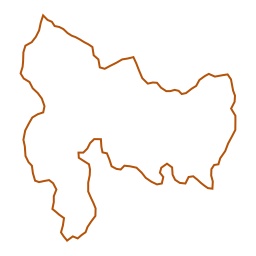 the district of Rosário da Limeira, Minas Gerais, Brazil
{"feature_id": "56859067B49695156300233", "entity_name": "Rosário da Limeira", "entity_type": "district", "adm_level": 2, "iso_a3": "BRA", "parent_name": "Brazil", "parent_adm1": "Minas Gerais", "projection": "equal_earth", "projection_center": [-42.512, -20.982], "detail": "fine", "context": "isolated", "style": "outline", "palette": "amber", "viewbox_px": 256, "rotation_deg": 0, "n_neighbors": 0, "source": "geoboundaries", "source_scale": "gbopen_adm2", "svg_char_len": 1880}
<svg xmlns="http://www.w3.org/2000/svg" viewBox="0 0 256 256"><path d="M20.6,73.4L23.7,78.5L29.5,82.0L32.7,88.3L37.8,93.1L41.8,98.5L44.5,106.2L43.2,112.4L37.8,114.2L32.3,117.5L28.9,123.4L25.2,130.5L23.4,139.8L24.8,146.3L25.5,156.0L28.5,162.1L31.9,165.7L32.9,173.2L35.1,180.7L39.1,182.1L44.2,181.0L49.1,180.1L53.1,183.2L56.4,189.5L53.8,196.2L53.8,202.1L52.4,209.0L56.0,211.9L59.2,214.7L64.0,218.1L62.9,225.5L61.0,232.4L63.7,236.4L67.1,240.6L72.8,236.4L77.7,238.4L81.5,235.1L85.6,232.2L87.5,227.0L91.1,221.6L95.4,215.9L95.6,208.4L93.5,203.2L90.9,197.7L88.2,191.5L88.2,182.6L89.7,175.4L90.0,169.5L89.0,164.3L84.1,161.2L78.8,157.8L78.5,152.6L83.3,152.6L87.3,148.6L90.1,143.1L94.2,139.1L100.9,139.2L101.4,146.9L102.5,152.4L106.9,153.3L109.4,159.5L111.6,166.3L116.5,168.9L120.7,169.5L124.4,165.7L130.1,166.3L136.5,167.7L141.7,172.7L145.7,177.8L151.5,181.8L157.0,184.4L161.8,183.5L163.3,177.0L159.9,172.7L161.3,167.7L167.0,163.7L172.1,167.4L172.6,174.7L175.1,179.8L179.8,182.9L185.4,183.5L188.6,177.0L193.2,176.3L197.2,179.5L200.9,182.9L204.3,185.6L207.9,188.1L212.4,188.7L212.8,181.5L211.2,175.6L211.4,169.2L214.1,165.0L218.4,164.3L220.2,158.3L225.2,151.1L228.1,143.5L232.0,136.3L235.3,130.0L235.4,122.8L235.4,115.7L231.1,108.6L234.6,101.8L235.0,95.7L233.1,90.6L232.0,84.8L231.0,79.4L227.6,74.4L222.0,75.3L214.9,76.6L208.8,73.9L204.6,76.2L199.4,80.0L196.2,85.9L191.8,88.6L186.0,93.1L181.7,94.0L178.6,90.8L174.6,89.9L170.4,91.1L166.2,91.1L161.0,87.7L157.0,82.8L152.9,82.5L147.8,83.6L142.3,78.2L138.8,69.9L136.3,63.4L133.4,57.1L127.8,58.5L122.2,59.4L116.5,62.7L109.9,66.0L104.7,68.8L99.8,67.4L98.4,59.4L93.7,55.3L92.4,47.0L88.2,44.2L84.1,42.1L79.6,39.3L75.5,37.1L71.7,35.7L67.6,33.1L63.4,29.1L59.3,27.0L54.6,26.0L51.9,21.8L47.5,19.9L43.1,15.4L40.8,22.5L39.1,30.4L35.9,36.8L31.7,42.2L25.4,45.7L23.4,52.3L23.1,61.4L22.6,66.8L20.6,73.4Z" fill="none" stroke="#b45309" stroke-width="2"/></svg>